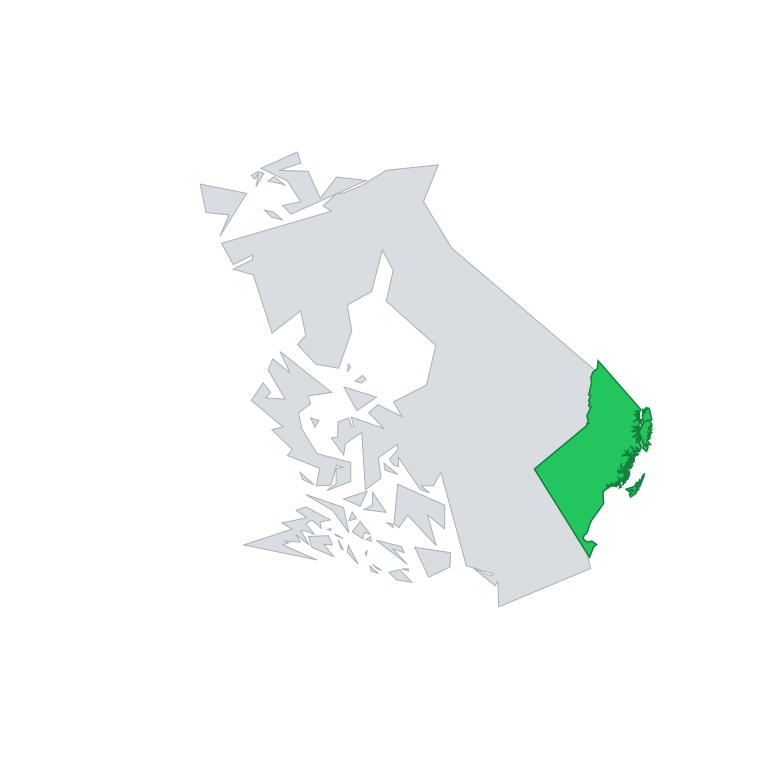 where British Columbia sits in Canada, rotated 236°
{"feature_id": "CAN-633", "entity_name": "British Columbia", "entity_type": "Province", "adm_level": 1, "iso_a3": "CAN", "parent_name": "Canada", "parent_adm1": "", "projection": "albers", "projection_center": [-126.982, 54.153], "detail": "fine", "context": "in_parent", "style": "filled", "palette": "green", "viewbox_px": 768, "rotation_deg": 236, "n_neighbors": 0, "source": "natural_earth", "source_scale": "10m", "svg_char_len": 9930}
<svg xmlns="http://www.w3.org/2000/svg" viewBox="0 0 768 768"><g transform="rotate(236 384 384)"><path d="M172.6,507.6L144.5,462.5L115.5,452.2L135.1,354.5L156.8,368.1L154.6,363.4L181.1,355.2L167.9,363.2L164.5,367.2L165.4,368.4L187.3,350.6L279.0,381.8L272.0,368.2L278.7,357.8L268.3,360.8L276.1,355.1L315.3,355.0L307.5,349.9L311.8,346.5L318.4,346.4L321.9,358.6L326.4,361.6L326.2,338.2L307.7,328.9L306.7,309.5L356.3,338.5L356.1,318.7L347.8,310.9L368.6,310.2L366.0,315.9L378.3,324.7L375.7,335.8L367.9,333.5L366.5,333.7L366.2,335.5L374.9,338.4L347.2,358.9L368.8,355.4L370.2,367.4L346.7,380.9L363.9,382.0L359.4,418.7L387.0,448.5L451.5,432.2L472.9,455.1L496.0,457.6L467.6,425.5L470.0,397.6L446.0,387.0L422.5,355.2L438.2,338.7L465.0,334.4L468.2,346.4L491.3,355.9L488.8,319.7L547.6,336.7L563.4,323.2L560.8,344.7L564.5,346.9L567.2,325.8L591.5,328.0L556.7,436.9L565.8,433.1L568.2,450.9L565.0,457.7L561.0,476.9L559.9,505.4L535.3,551.5L513.0,518.7L458.8,516.2L219.2,582.8L205.8,562.6L186.2,559.8L193.0,549.9L183.6,552.8L181.2,530.1L169.6,531.1L172.6,507.6ZM337.8,303.2L343.3,299.4L329.8,283.4L337.5,271.0L350.1,283.6L378.8,263.9L380.9,271.4L408.9,265.5L404.7,276.3L444.6,264.8L452.6,284.4L440.3,285.2L438.6,278.1L426.7,293.6L460.3,295.7L467.0,305.8L445.7,312.3L469.2,315.9L406.3,335.9L416.6,314.6L408.7,312.0L407.9,296.9L392.4,290.7L363.7,289.6L337.5,312.5L321.8,301.9L327.5,277.1L328.1,288.6L340.8,297.1L337.8,303.2ZM275.7,230.0L329.0,177.8L315.1,226.9L325.8,221.5L316.5,245.0L328.5,240.6L325.6,250.7L301.3,263.5L305.3,253.8L299.5,251.3L310.2,248.7L312.0,246.6L311.6,241.0L298.0,242.3L306.2,236.8L308.7,233.0L292.3,231.9L308.4,226.8L299.7,226.3L309.7,213.3L305.7,215.9L307.0,210.2L275.7,230.0ZM220.9,336.9L262.1,330.3L256.6,316.1L262.5,314.0L293.3,339.4L249.5,366.5L229.9,353.3L251.1,346.8L220.9,336.9ZM602.8,440.0L573.5,435.0L582.1,460.4L562.6,483.2L576.9,401.8L588.8,399.7L581.6,417.1L606.8,417.3L631.6,402.5L624.8,441.9L613.5,438.6L619.9,416.3L602.8,440.0ZM198.9,313.1L231.4,318.1L207.0,344.8L195.4,336.4L198.9,313.1ZM268.9,245.7L289.2,232.8L299.8,236.2L289.2,253.2L279.3,251.1L284.8,244.5L268.9,245.7ZM280.3,271.7L308.0,270.7L336.3,257.2L304.3,281.4L280.3,271.7ZM221.5,302.5L258.7,290.2L239.4,307.6L232.9,306.4L242.6,299.1L221.5,302.5ZM598.3,330.6L610.9,350.0L625.7,332.3L652.5,343.4L618.8,376.7L598.3,330.6ZM276.5,313.9L291.0,297.2L290.1,306.5L300.6,314.1L276.5,313.9ZM377.3,370.4L377.1,346.6L403.9,349.1L377.3,370.4ZM296.0,295.9L311.4,286.1L304.5,310.1L296.0,295.9ZM225.1,282.8L221.4,293.1L204.0,296.2L214.7,284.7L225.1,282.8ZM279.1,275.1L283.5,287.5L267.1,288.4L271.9,284.6L267.4,279.9L279.1,275.1ZM249.5,261.8L265.2,259.6L270.2,264.2L249.5,261.8ZM181.7,564.7L201.7,568.8L218.0,588.5L181.7,564.7ZM339.7,269.6L350.7,263.0L357.6,265.0L339.7,269.6ZM301.3,344.9L312.3,336.6L318.4,339.7L301.3,344.9ZM290.4,278.3L295.5,286.2L287.7,285.7L290.4,278.3ZM271.8,256.3L280.7,258.8L269.5,257.6L271.8,256.3ZM386.7,302.5L397.0,304.2L390.0,309.6L386.7,302.5ZM233.4,275.5L240.9,273.4L231.0,277.7L233.4,275.5ZM267.7,308.5L263.2,312.7L260.0,311.5L267.7,308.5ZM619.0,388.1L628.9,397.7L626.0,391.4L631.1,390.7L630.6,398.3L625.9,402.3L619.0,388.1ZM236.1,268.7L241.0,270.6L230.1,273.4L236.1,268.7ZM595.1,382.2L588.5,388.3L576.4,391.8L585.2,384.1L595.1,382.2ZM402.5,361.6L403.1,371.1L398.0,371.8L397.2,366.0L402.5,361.6ZM153.7,534.7L161.3,526.1L158.4,535.5L153.7,534.7ZM278.8,263.9L285.3,259.3L287.0,259.6L278.8,263.9ZM265.1,282.2L265.1,287.5L260.8,285.6L265.1,282.2ZM603.7,413.4L608.2,410.1L617.2,401.2L617.4,408.8L603.7,413.4ZM414.5,360.7L420.6,365.6L417.0,366.0L414.5,360.7ZM220.8,294.9L217.4,300.7L215.4,300.0L220.8,294.9ZM294.9,255.9L293.9,259.1L292.4,257.7L294.9,255.9ZM254.0,273.4L255.4,277.2L251.6,273.4L254.0,273.4ZM154.8,536.6L158.4,539.7L162.8,548.0L154.8,536.6Z" fill="#d9dde1" stroke="#a8b0b8" stroke-width="1"/><path d="M283.6,574.5L219.1,582.6L217.8,579.6L219.9,579.4L220.5,577.6L217.6,579.0L218.1,574.9L215.9,577.2L215.7,578.5L211.9,576.0L212.7,574.7L214.0,577.3L215.6,575.0L212.8,574.5L213.8,570.9L213.3,570.2L212.1,569.6L213.4,570.8L212.7,573.8L210.3,574.8L206.3,571.6L207.3,572.3L207.8,569.5L207.0,568.5L209.1,567.2L209.4,566.5L204.5,568.7L205.8,565.8L206.1,562.0L203.8,567.7L202.5,566.3L201.0,567.2L201.8,564.4L200.3,567.5L199.5,566.5L198.0,567.2L196.1,566.7L200.6,564.0L201.3,562.0L200.4,560.2L200.4,563.8L198.5,564.9L196.5,565.0L197.8,563.7L196.7,562.9L194.2,563.2L196.8,562.1L194.4,560.6L193.3,562.8L189.9,562.1L190.9,563.4L188.1,562.1L185.7,558.9L189.6,558.3L190.1,557.9L190.3,557.1L185.8,557.4L187.3,556.3L187.9,554.6L193.3,554.4L193.8,553.6L188.2,554.1L188.7,551.9L186.7,553.8L187.9,554.2L186.2,556.4L185.1,552.0L190.1,547.0L193.3,550.7L191.5,547.2L192.9,546.5L189.8,546.3L191.6,542.5L190.6,540.8L191.2,542.7L187.0,547.2L185.3,548.1L185.2,544.8L184.3,546.7L185.3,544.1L182.4,547.4L181.8,547.2L182.9,545.4L183.6,540.9L184.3,540.4L181.6,541.4L181.4,537.9L179.0,536.4L178.3,533.3L181.4,535.7L183.8,534.6L185.4,537.0L183.9,534.2L179.4,532.7L179.7,530.7L181.6,530.3L180.2,529.6L180.9,528.2L178.6,530.9L178.8,530.2L178.2,529.5L178.4,530.9L176.7,532.4L176.2,535.1L171.2,528.8L171.6,526.5L173.7,528.8L172.4,526.2L174.3,526.3L175.3,525.8L173.1,525.6L171.1,526.4L170.5,523.7L169.0,524.0L169.4,521.2L171.7,524.5L172.3,524.7L172.2,522.6L169.8,520.8L170.7,520.4L172.1,521.4L172.9,521.5L171.2,518.9L174.6,517.5L172.3,517.0L175.8,512.3L174.3,512.7L173.7,510.5L173.8,513.4L171.6,517.2L172.8,514.1L172.4,505.4L162.1,499.2L154.5,478.8L146.7,468.4L146.7,465.3L144.5,462.5L139.4,464.0L137.6,468.4L132.1,470.6L131.9,466.9L125.3,457.4L229.4,461.1L236.1,528.4L238.0,530.4L237.0,531.6L244.2,534.5L249.4,542.9L250.7,541.4L252.6,542.2L252.7,544.3L255.6,544.1L258.9,548.8L260.5,547.6L269.0,556.8L273.9,559.2L277.2,564.2L277.5,569.4L283.6,574.5ZM217.8,588.1L215.4,590.2L204.8,586.1L204.2,585.3L206.5,582.9L207.0,581.4L206.7,580.4L206.1,583.0L201.1,583.6L199.2,582.3L201.0,581.0L200.0,581.6L199.8,579.2L198.0,580.3L198.6,579.8L198.8,578.5L194.1,578.8L194.3,576.8L197.4,575.8L194.1,575.6L193.5,573.5L192.2,572.7L190.1,573.8L190.4,570.7L184.8,571.1L185.9,569.7L184.6,567.3L188.0,568.3L187.2,566.7L188.2,565.8L183.7,567.4L181.3,563.9L185.0,562.9L192.0,566.6L201.7,568.6L203.9,573.1L206.0,575.2L205.4,575.8L206.7,577.9L212.8,580.3L216.2,587.7L217.0,586.0L217.8,588.1ZM154.7,535.9L154.0,533.9L156.0,534.6L152.4,531.8L152.4,525.1L155.5,525.9L154.8,527.8L158.1,527.3L157.4,529.8L154.6,530.5L156.5,530.9L155.6,531.9L157.8,530.7L158.5,528.6L157.9,526.9L161.4,525.8L158.8,535.3L154.7,535.9ZM163.6,547.8L162.4,548.2L156.0,538.9L157.6,538.3L154.7,536.5L159.8,535.7L161.0,538.1L158.3,537.7L160.8,539.4L158.8,539.1L158.3,539.8L160.4,540.7L159.1,541.6L161.7,545.7L162.9,544.8L162.0,545.9L163.6,547.8ZM179.2,542.7L177.1,541.1L177.8,540.9L177.5,540.6L179.0,539.0L178.8,538.6L176.7,539.9L177.5,536.1L181.0,539.3L180.5,543.7L179.5,543.8L180.2,540.4L180.2,539.8L179.2,542.7ZM170.2,529.3L172.8,531.2L175.9,536.4L174.2,536.8L170.2,529.3ZM173.2,536.7L171.9,537.3L168.4,532.1L171.8,534.2L173.2,536.7ZM186.1,547.8L189.5,547.1L185.0,550.8L186.1,547.8ZM192.7,573.7L193.3,576.8L191.2,574.4L192.7,573.7ZM169.0,528.3L167.5,528.4L167.2,529.6L167.5,528.1L169.2,527.0L170.4,528.7L168.7,529.8L169.0,528.3ZM184.2,553.0L183.3,550.1L184.7,549.9L184.2,553.0ZM177.2,542.2L177.9,545.4L176.1,541.3L177.2,542.2ZM184.3,553.5L183.9,556.4L183.2,554.5L184.3,553.5ZM182.4,542.9L181.3,546.2L181.9,541.7L182.4,542.9ZM177.0,535.1L177.1,532.5L179.3,531.7L178.9,533.1L178.3,533.0L177.5,533.8L177.0,535.1ZM193.7,565.0L196.0,563.3L196.7,564.2L196.0,565.2L193.7,565.0ZM207.6,574.9L209.8,575.3L211.5,577.4L209.2,576.3L207.6,574.9ZM169.5,532.2L170.1,530.4L171.1,532.9L169.5,532.2ZM180.7,543.7L181.1,545.6L179.8,544.7L179.7,545.0L179.0,544.7L180.7,543.7ZM177.1,538.2L176.3,535.7L176.8,535.8L177.1,538.2ZM203.5,568.7L203.0,567.5L204.7,570.0L204.1,570.9L204.1,569.7L203.5,568.7ZM170.6,519.0L169.4,519.0L171.3,517.0L170.6,519.0ZM178.1,533.4L178.5,535.9L177.1,535.4L178.1,533.4ZM203.7,571.8L202.8,570.7L202.7,569.3L203.9,569.8L203.7,571.8ZM166.3,521.1L167.2,522.0L166.0,522.9L166.3,521.1ZM179.4,545.5L180.3,546.8L179.9,547.5L179.4,545.5ZM182.9,548.1L182.1,549.6L180.9,548.7L181.4,547.8L182.9,548.1ZM175.0,537.3L175.4,539.3L174.4,537.5L175.0,537.3ZM217.3,585.1L216.1,585.6L215.5,583.3L216.3,584.4L217.3,585.1ZM160.0,541.6L160.3,541.6L160.2,541.8L161.6,542.5L160.6,543.0L160.0,541.6ZM183.9,548.5L184.5,547.2L185.0,548.3L183.9,548.5ZM197.3,578.9L196.6,580.3L196.5,579.1L197.3,578.9ZM206.3,570.9L205.6,568.9L206.8,570.3L206.3,570.9ZM183.3,549.7L182.4,549.1L183.4,548.3L183.3,549.7ZM163.4,548.5L163.8,549.1L164.0,550.3L163.4,548.5ZM205.1,572.0L205.1,569.7L205.9,571.4L205.1,572.0ZM195.5,566.0L196.4,566.1L193.7,566.5L195.5,566.0ZM182.6,543.9L182.4,541.9L183.4,541.4L182.6,543.9ZM183.9,548.9L184.6,549.6L183.6,548.8L183.9,548.9ZM194.1,563.6L191.7,563.3L193.6,563.1L194.1,563.6ZM201.7,567.6L202.3,568.3L201.2,568.2L201.5,567.9L201.7,567.6ZM207.0,568.9L206.9,568.8L207.5,569.7L207.0,568.9ZM169.3,520.3L169.2,519.2L169.5,519.7L169.3,520.3ZM217.0,584.0L214.7,581.6L217.6,584.0L217.0,584.0ZM181.1,543.3L180.9,542.0L181.2,540.9L181.1,543.3ZM201.2,567.4L200.6,568.1L199.5,568.0L201.2,567.4ZM198.8,581.3L199.7,580.8L199.7,581.7L198.8,581.3ZM190.3,565.1L192.2,565.6L190.0,565.4L190.3,565.1ZM199.4,567.1L199.3,567.9L198.3,567.6L199.4,567.1ZM211.7,574.8L210.8,575.2L212.1,574.3L211.7,574.8ZM217.1,577.8L216.5,576.9L217.2,577.3L217.1,577.8ZM167.2,525.6L167.5,526.7L166.8,526.1L167.2,525.6ZM209.8,577.3L211.2,578.0L209.7,577.4L209.8,577.3ZM185.3,562.8L186.3,562.5L186.6,563.2L185.3,562.8ZM168.9,530.7L168.1,529.8L169.1,530.5L168.9,530.7ZM170.1,520.1L170.7,520.2L169.8,520.5L170.1,520.1ZM173.5,537.7L174.1,538.5L173.1,537.8L173.5,537.7ZM166.6,523.2L167.1,522.6L167.4,523.4L166.6,523.2ZM213.7,580.6L214.1,581.3L213.4,580.7L213.7,580.6ZM194.7,565.5L195.5,565.6L194.1,565.8L194.7,565.5ZM206.4,576.6L207.5,577.8L206.5,577.2L206.4,576.6ZM217.0,578.1L216.9,579.0L216.5,578.9L217.0,578.1Z" fill="#22c55e" stroke="#15803d" stroke-width="1.5"/></g></svg>